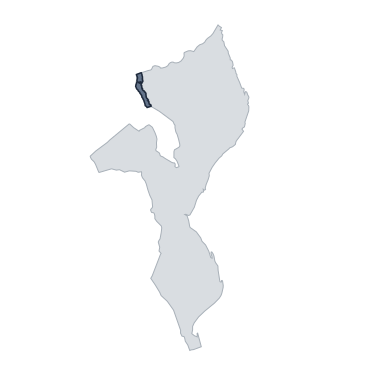 Lago Niassa, Niassa, Mozambique shown in context, rotated 341°
{"feature_id": "85939544B11916103118899", "entity_name": "Lago Niassa", "entity_type": "district", "adm_level": 2, "iso_a3": "MOZ", "parent_name": "Mozambique", "parent_adm1": "Niassa", "projection": "robinson", "projection_center": [34.718, -12.529], "detail": "fine", "context": "in_parent", "style": "filled", "palette": "slate", "viewbox_px": 384, "rotation_deg": 341, "n_neighbors": 0, "source": "geoboundaries", "source_scale": "gbopen_adm2", "svg_char_len": 6722}
<svg xmlns="http://www.w3.org/2000/svg" viewBox="0 0 384 384"><g transform="rotate(341 192 192)"><path d="M124.9,260.2L127.1,258.3L141.9,240.7L142.8,240.0L141.6,237.1L143.5,233.7L143.8,228.4L144.4,227.6L146.6,225.8L149.7,220.3L151.7,216.1L151.9,214.1L149.1,208.3L148.2,205.2L149.1,202.5L149.3,200.1L149.0,199.2L147.2,198.2L147.0,197.1L147.0,195.7L147.3,195.0L149.4,193.8L149.9,193.2L151.6,186.5L151.0,181.4L151.0,175.6L151.4,169.6L151.2,166.3L149.8,162.4L149.7,159.5L150.6,157.6L150.8,156.4L147.5,155.8L145.8,154.2L139.6,151.6L134.7,151.3L130.7,147.3L127.6,146.7L123.5,143.9L110.8,143.3L110.3,143.0L109.8,134.4L109.3,131.6L107.7,128.5L107.3,126.4L107.4,125.0L114.4,121.9L128.2,117.5L131.3,116.0L154.7,107.2L155.4,107.7L157.8,112.2L161.7,117.3L162.6,116.6L168.3,115.8L169.1,115.1L170.8,114.7L172.8,114.4L173.5,114.7L175.6,117.9L176.3,123.8L176.4,127.8L176.1,130.6L174.4,133.9L173.2,138.1L171.4,140.3L171.5,141.4L173.5,143.9L173.9,144.9L173.8,147.1L174.2,147.9L175.9,149.3L177.3,151.3L182.4,157.3L183.7,158.4L184.7,158.6L185.2,159.8L184.9,161.2L184.1,162.0L184.5,163.1L185.4,164.0L187.8,163.8L188.1,163.4L187.9,158.2L187.1,155.1L186.1,153.6L188.1,147.9L189.2,146.4L193.0,145.7L194.7,145.2L195.5,144.5L196.0,142.7L196.5,137.6L196.7,132.8L196.3,130.0L196.8,125.8L197.7,123.2L197.3,122.7L197.0,119.2L187.4,105.1L182.0,98.8L181.1,98.1L178.1,97.6L176.5,95.3L175.2,82.6L173.2,73.5L176.3,67.5L177.4,63.6L178.0,63.0L180.7,62.7L190.2,62.9L192.5,63.2L193.6,62.9L196.0,60.5L198.1,60.5L200.8,62.0L202.3,63.4L202.5,64.5L204.4,65.1L207.8,65.3L210.3,64.7L211.8,63.4L213.4,62.7L215.2,62.6L216.4,63.0L217.3,64.0L219.0,64.8L221.5,65.2L224.2,64.6L227.1,62.8L228.8,61.0L229.7,58.0L230.2,57.6L234.3,57.3L236.6,57.9L239.4,59.8L244.2,56.4L247.3,55.3L250.3,55.3L252.7,54.5L254.6,52.9L256.6,51.8L260.6,50.6L263.4,49.0L271.0,42.5L271.9,44.3L273.4,46.1L271.4,48.0L273.2,49.2L271.8,51.0L271.7,52.2L272.3,53.4L271.4,55.5L270.3,57.1L270.0,58.3L271.0,60.4L270.4,64.2L272.0,70.6L271.5,72.7L271.8,77.6L271.2,79.5L272.2,80.1L272.7,82.1L272.2,85.5L270.6,87.0L270.4,88.4L272.5,88.4L272.5,92.8L272.2,94.1L272.7,95.5L272.1,97.2L272.7,104.1L272.8,109.2L272.9,110.0L274.7,110.9L274.6,112.3L273.5,114.1L273.6,116.8L274.9,114.6L275.6,114.6L276.3,115.5L276.3,118.5L276.7,120.1L276.5,121.4L274.4,123.9L274.3,126.4L273.4,126.7L273.0,127.3L273.6,128.7L273.5,130.0L272.0,133.8L264.8,143.1L264.6,144.6L262.8,147.5L260.8,148.0L259.7,148.8L260.5,151.4L250.9,157.9L249.9,158.8L248.4,161.2L245.2,162.4L241.8,162.6L241.2,163.1L233.4,166.1L231.9,167.5L228.6,168.8L223.3,172.1L219.1,175.2L214.2,179.8L213.6,182.3L211.3,185.5L207.9,189.4L205.8,192.5L205.7,193.9L204.5,194.4L203.5,193.0L203.0,195.6L202.2,195.8L201.3,195.3L197.0,198.0L193.7,201.1L189.2,207.2L182.6,213.0L181.1,213.1L179.0,211.1L177.9,210.9L179.6,213.1L179.5,218.0L178.6,223.8L178.7,225.0L183.1,231.1L185.3,238.2L185.4,241.8L187.6,246.5L188.6,253.5L188.4,260.1L189.4,261.2L189.8,260.2L190.0,256.1L190.6,255.0L191.2,255.1L191.8,257.4L191.9,259.7L191.1,264.9L191.4,266.9L192.4,270.4L191.2,274.5L189.2,285.7L189.7,286.4L190.6,286.6L191.0,285.4L191.6,285.4L191.9,286.1L191.1,290.5L190.3,292.5L187.4,297.2L185.8,299.2L183.3,301.2L177.2,304.3L165.1,308.8L157.5,312.3L151.4,316.5L148.8,319.3L147.7,322.5L145.7,325.9L147.5,328.7L149.8,330.7L150.8,327.4L151.4,327.3L150.4,341.3L142.1,341.5L139.7,341.0L138.3,341.1L138.2,335.3L137.1,330.9L137.5,327.8L137.4,326.2L135.6,325.0L135.2,321.7L136.2,319.1L136.1,297.7L133.1,287.4L129.1,279.9L128.8,276.2L127.0,267.9L124.9,260.2ZM178.4,72.6L179.4,72.1L179.6,71.0L178.9,70.5L178.3,70.6L178.1,72.3L178.4,72.6ZM177.7,70.7L176.9,70.0L176.3,70.2L176.1,70.8L176.8,71.7L177.4,71.7L177.7,70.7Z" fill="#d9dde1" stroke="#a8b0b8" stroke-width="1"/><path d="M180.4,90.5L180.4,90.4L180.5,90.4L180.4,90.2L180.3,89.9L180.3,89.7L180.2,89.7L180.1,89.4L180.1,89.2L179.9,89.0L179.9,88.8L179.8,88.6L179.7,88.5L179.7,88.4L179.7,88.2L179.7,87.9L179.6,87.7L179.7,87.4L179.6,87.2L179.6,86.9L179.8,86.7L179.8,86.3L179.9,86.2L179.9,85.9L180.0,85.7L180.1,85.2L180.0,84.9L180.2,84.7L180.3,84.5L180.4,84.4L180.4,84.1L180.5,84.0L180.5,83.8L180.5,83.7L180.5,83.4L180.4,83.2L180.4,83.3L180.3,83.1L180.4,82.9L180.2,82.4L179.7,82.0L179.7,81.9L179.8,81.8L179.7,81.7L179.8,81.5L179.8,81.4L179.7,81.1L179.6,80.9L179.5,80.7L179.3,80.4L179.1,80.4L179.0,80.2L178.8,80.1L178.8,79.9L178.7,79.7L178.6,79.4L178.6,79.2L178.6,78.9L178.5,78.7L178.4,78.6L178.4,78.4L178.5,78.5L178.6,78.4L178.7,78.2L178.8,78.1L178.7,78.0L178.7,77.9L178.6,77.7L178.7,77.4L178.7,77.1L178.6,76.8L178.6,76.6L178.8,76.0L178.8,75.9L178.9,75.6L179.0,75.5L178.9,75.4L179.0,75.3L179.0,75.2L178.9,75.1L178.8,74.8L178.8,74.6L178.7,74.4L178.6,74.2L178.7,73.9L178.9,73.7L179.1,73.5L179.3,73.4L179.4,73.2L179.5,73.2L179.6,72.9L179.8,72.9L179.9,72.7L180.1,72.6L180.3,72.5L180.4,72.3L180.4,72.2L180.5,71.9L180.9,71.9L181.0,71.9L181.3,71.6L181.5,71.4L181.7,71.1L181.6,70.9L181.6,70.7L181.6,70.4L181.8,70.1L181.7,69.9L181.8,69.8L181.8,69.6L181.9,69.2L181.8,68.9L181.9,68.7L182.0,68.7L182.3,68.3L182.3,68.2L182.4,67.7L182.5,67.4L182.6,67.2L182.6,66.9L182.7,66.7L182.7,66.3L182.7,66.1L182.7,65.9L182.6,65.7L182.7,65.4L182.8,65.2L182.9,64.9L182.9,64.7L182.9,64.4L182.9,64.1L182.9,63.7L182.9,63.2L182.9,62.9L182.8,62.7L177.7,62.8L177.6,63.2L177.7,64.0L177.7,64.5L177.8,64.7L177.8,64.9L177.7,65.9L177.7,66.2L177.6,66.4L177.2,67.2L177.0,67.5L176.6,68.1L176.3,68.6L176.1,69.4L176.0,69.7L176.0,69.8L175.8,70.1L175.5,70.3L175.4,70.5L175.0,71.0L174.9,71.3L174.8,71.5L174.2,72.0L173.1,73.8L173.1,74.0L173.2,74.6L173.2,74.8L173.3,75.6L173.2,75.7L173.4,76.8L173.5,77.0L173.8,77.5L174.0,77.7L174.1,77.9L174.1,78.0L174.1,78.7L174.2,79.2L174.4,79.6L175.0,80.5L175.1,80.9L175.0,81.9L175.1,82.1L175.5,83.0L175.6,83.4L175.8,84.2L175.8,84.4L175.8,84.9L175.7,85.2L175.6,85.9L175.6,86.3L176.0,87.2L176.1,88.7L176.3,89.3L176.3,90.0L176.3,90.3L176.2,91.8L176.2,93.0L176.2,93.4L176.2,93.9L176.0,94.2L175.9,95.2L176.7,96.2L177.1,97.5L181.4,97.5L181.4,97.4L181.3,97.0L181.4,96.7L181.3,96.4L181.2,96.4L181.4,96.2L181.2,95.9L181.0,95.7L180.9,95.6L180.8,95.4L180.7,95.4L180.5,95.2L180.4,95.1L180.3,94.9L180.2,94.9L180.1,94.7L180.2,94.4L180.3,94.2L180.4,93.8L180.4,93.5L180.4,93.4L180.5,93.2L180.6,92.9L180.4,92.8L180.4,92.7L180.5,92.6L180.4,92.5L180.4,92.3L180.3,92.2L180.3,91.9L180.2,91.7L180.3,91.6L180.2,91.5L180.3,91.5L180.2,91.2L180.3,91.0L180.4,90.9L180.5,90.8L180.5,90.7L180.4,90.6L180.4,90.5ZM179.6,71.5L179.4,71.7L179.3,71.8L179.3,72.0L179.4,72.3L179.2,72.4L179.2,72.5L178.9,72.4L178.7,72.2L178.8,71.9L179.0,71.2L179.2,71.3L179.3,71.3L179.3,71.2L179.6,71.4L179.6,71.5L179.6,71.5ZM177.5,71.2L177.5,71.3L177.4,71.4L177.4,71.5L177.3,71.4L177.2,71.3L177.2,71.0L177.1,70.9L177.1,70.7L177.3,70.8L177.5,70.9L177.5,71.0L177.5,71.2Z" fill="#64748b" stroke="#1e293b" stroke-width="1.5"/></g></svg>